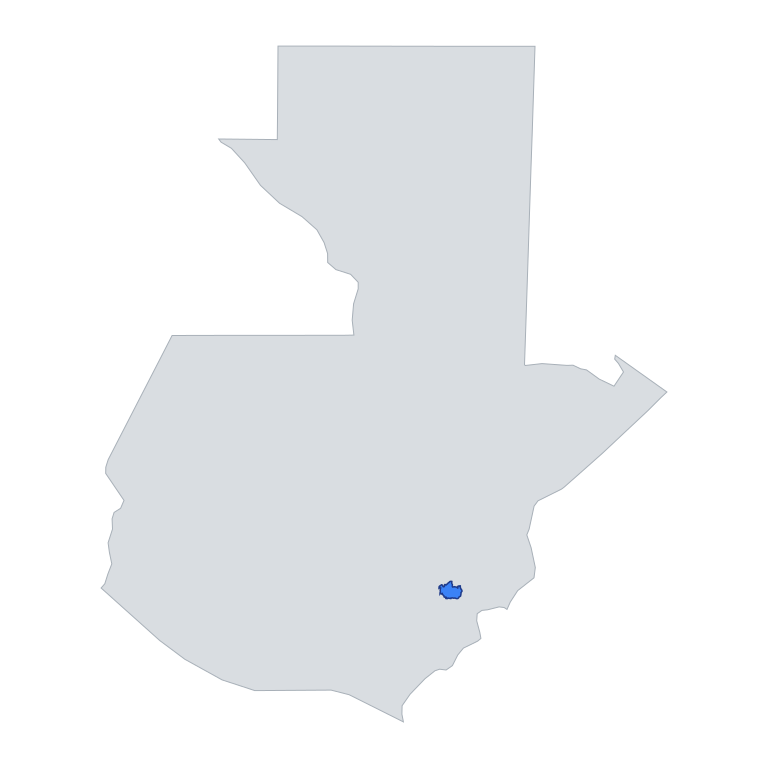 location of San Manuel Chaparrón, Jalapa, Guatemala
{"feature_id": "79465075B10388039742951", "entity_name": "San Manuel Chaparrón", "entity_type": "district", "adm_level": 2, "iso_a3": "GTM", "parent_name": "Guatemala", "parent_adm1": "Jalapa", "projection": "natural_earth1", "projection_center": [-89.778, 14.534], "detail": "fine", "context": "in_parent", "style": "filled", "palette": "blue", "viewbox_px": 768, "rotation_deg": 0, "n_neighbors": 0, "source": "geoboundaries", "source_scale": "gbopen_adm2", "svg_char_len": 4086}
<svg xmlns="http://www.w3.org/2000/svg" viewBox="0 0 768 768"><path d="M101.1,588.0L104.8,583.8L107.9,574.0L111.8,563.9L109.4,552.3L108.1,542.8L112.5,529.1L112.1,518.8L114.1,512.4L120.6,508.3L124.0,500.4L105.7,473.4L105.8,467.2L108.2,459.6L123.1,430.7L140.8,396.3L160.4,358.3L172.1,335.5L214.8,335.4L243.0,335.4L278.9,335.4L317.8,335.3L343.4,335.3L353.9,335.1L352.2,320.2L353.6,303.8L358.2,288.9L358.2,282.3L350.6,274.3L335.9,269.6L327.7,262.5L327.6,253.5L324.1,242.6L316.9,229.8L302.1,216.7L279.6,203.3L260.5,185.4L244.7,162.8L231.4,148.3L221.1,142.2L218.7,139.0L248.8,139.3L277.3,139.6L277.6,107.2L277.8,78.5L278.0,46.1L329.6,46.1L391.3,46.2L455.2,46.3L505.5,46.3L535.0,46.3L533.7,86.6L532.2,133.1L531.0,167.4L529.5,213.1L528.0,259.8L525.9,323.4L524.5,364.6L525.2,365.5L542.0,363.6L566.9,365.4L573.0,365.2L580.6,368.8L586.5,369.9L599.2,379.1L614.0,386.2L623.5,372.0L618.5,363.5L614.7,359.1L615.3,355.3L666.9,392.0L660.9,397.6L647.8,410.7L624.0,433.0L602.7,453.0L582.2,471.2L563.7,487.5L561.5,489.1L538.0,500.8L534.1,506.1L529.1,529.2L526.8,534.9L531.1,547.7L535.3,567.5L534.0,577.8L517.7,590.6L510.3,602.0L507.0,609.4L504.1,607.5L499.1,606.9L487.5,609.8L481.9,610.4L477.2,613.7L476.7,620.8L479.8,632.4L480.9,638.4L477.7,641.1L463.4,648.1L457.8,654.9L452.4,665.6L446.1,670.0L439.6,669.2L434.9,670.8L425.0,678.7L410.1,694.2L402.1,705.7L401.9,714.2L403.4,721.9L349.1,694.7L331.1,690.1L254.8,690.6L222.1,679.9L184.9,659.3L159.7,640.5L101.1,588.0Z" fill="#d9dde1" stroke="#a8b0b8" stroke-width="1"/><path d="M461.9,590.4L461.8,590.2L461.4,589.6L461.4,589.3L461.2,589.1L460.9,589.0L460.6,588.5L460.4,587.4L460.4,586.9L460.3,586.6L460.1,586.4L460.2,585.9L459.8,585.9L459.5,586.2L459.3,586.0L459.0,585.9L458.8,586.0L458.6,586.1L458.0,586.2L457.8,586.4L457.9,587.9L457.9,588.0L457.7,588.1L457.0,587.5L456.2,587.0L455.6,586.9L455.0,587.0L454.6,586.7L454.1,586.7L452.8,587.1L452.5,586.9L452.3,586.4L452.4,584.6L452.3,584.3L452.0,583.9L451.7,583.4L451.7,582.6L451.9,581.9L451.7,581.7L451.7,581.4L451.0,581.3L450.4,581.4L449.8,581.6L449.5,581.9L449.3,582.1L449.3,582.3L449.0,582.5L448.8,582.7L448.5,582.7L448.1,583.0L447.5,583.9L447.2,584.0L446.8,584.2L446.1,585.0L445.9,585.0L445.5,584.6L445.2,584.6L444.9,584.5L444.7,584.7L444.5,585.0L444.4,586.1L444.4,586.3L444.2,586.6L443.9,586.8L443.3,586.8L442.8,586.2L442.8,585.9L442.6,585.5L442.5,585.2L441.9,584.9L441.4,584.8L441.0,585.2L440.8,585.3L440.4,585.8L440.0,585.8L439.6,586.1L439.3,586.4L439.2,586.5L439.1,587.3L439.0,587.7L439.0,588.1L439.5,587.7L440.0,587.6L440.5,587.9L440.7,588.0L440.6,588.3L440.3,588.9L440.3,589.2L440.2,590.1L440.3,590.7L440.2,590.9L440.3,591.3L440.4,591.8L440.2,592.4L440.0,592.8L440.0,593.0L440.0,593.7L440.2,593.4L440.3,593.4L440.6,593.4L440.7,593.5L440.8,593.6L441.0,593.8L441.3,593.9L441.5,593.8L441.7,593.6L441.9,593.5L442.0,593.4L442.3,593.4L442.3,593.5L442.1,593.8L442.0,594.0L442.1,594.3L442.3,594.4L442.5,594.5L442.8,594.6L443.0,594.9L443.1,595.0L443.4,595.4L443.6,595.6L443.8,595.7L443.9,595.8L444.0,595.9L444.0,596.1L444.0,596.3L444.0,596.6L444.0,596.8L444.3,597.0L444.5,597.1L444.8,597.1L445.0,597.2L445.1,597.3L445.3,597.4L445.3,597.2L445.5,597.1L445.8,597.1L446.1,597.2L446.3,597.3L446.4,597.5L446.1,597.9L446.0,598.1L445.9,598.1L445.8,598.4L445.9,598.5L446.0,598.5L446.3,598.5L446.5,598.6L446.9,598.6L447.0,598.5L447.1,598.4L447.3,598.3L447.5,598.4L447.6,598.5L447.8,598.4L448.0,598.3L448.0,598.2L448.3,598.2L448.5,598.1L448.8,598.1L449.0,598.2L449.1,598.3L449.3,598.3L449.5,598.4L449.8,598.4L450.2,598.4L450.3,598.4L450.4,598.5L450.5,598.5L450.8,598.5L450.8,598.4L450.9,598.1L451.0,598.0L451.3,598.1L451.5,598.1L452.1,597.9L452.6,597.9L452.9,597.9L453.1,598.1L453.5,598.2L454.0,598.2L454.5,598.1L454.9,598.0L455.2,598.1L455.5,598.2L455.8,598.4L456.1,598.5L456.4,598.6L457.0,598.6L457.6,598.6L457.9,598.5L458.0,598.4L458.6,597.9L458.8,597.4L459.2,596.9L459.6,596.7L460.1,596.4L460.4,596.2L460.6,596.0L460.7,595.6L460.8,594.7L461.0,594.1L461.0,593.6L461.0,593.2L461.0,592.8L461.0,592.6L461.2,592.4L461.5,591.9L461.9,591.4L462.0,591.2L461.9,590.4Z" fill="#3b82f6" stroke="#1e3a8a" stroke-width="1.5"/></svg>